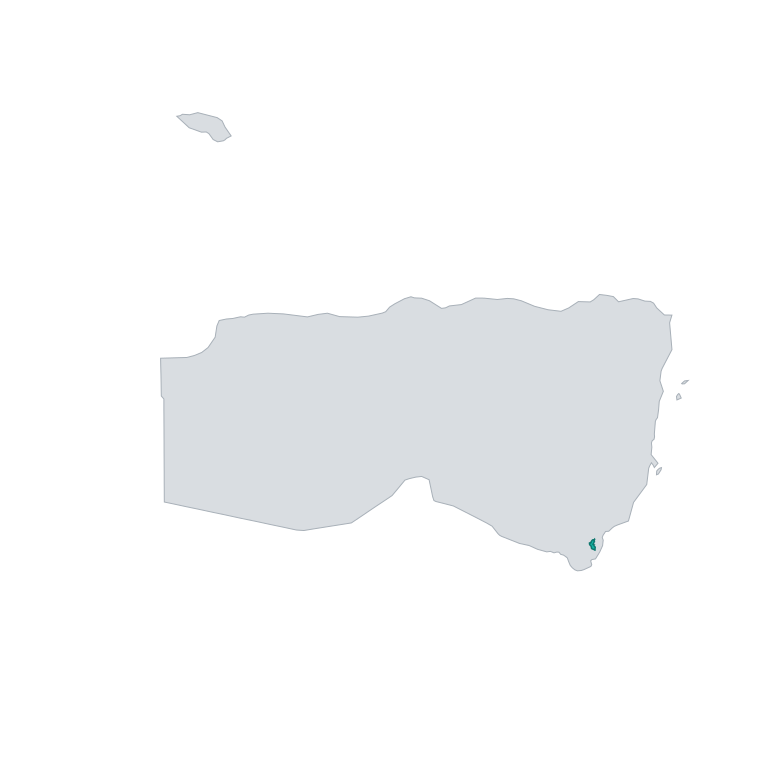 location of Ghamr, Sa`dah, Yemen, rotated 201°
{"feature_id": "15242507B39304781263457", "entity_name": "Ghamr", "entity_type": "district", "adm_level": 2, "iso_a3": "YEM", "parent_name": "Yemen", "parent_adm1": "Sa`dah", "projection": "natural_earth1", "projection_center": [43.319, 16.975], "detail": "fine", "context": "in_parent", "style": "filled", "palette": "teal", "viewbox_px": 768, "rotation_deg": 201, "n_neighbors": 0, "source": "geoboundaries", "source_scale": "gbopen_adm2", "svg_char_len": 4260}
<svg xmlns="http://www.w3.org/2000/svg" viewBox="0 0 768 768"><g transform="rotate(201 384 384)"><path d="M601.8,328.0L577.6,338.1L571.3,342.6L565.5,348.1L561.3,355.0L558.4,367.2L560.8,378.3L560.6,384.2L554.4,388.2L548.6,391.0L542.1,395.3L538.2,396.4L535.0,399.9L531.2,402.3L517.7,408.5L503.0,413.4L479.5,419.2L470.4,425.4L462.2,429.8L449.6,431.0L432.4,437.0L422.8,441.8L411.0,449.6L408.3,452.1L406.3,457.8L402.6,462.8L395.5,470.9L390.1,475.1L386.5,475.3L379.6,477.6L371.3,478.0L357.4,475.2L353.8,477.2L350.9,480.3L340.2,485.9L329.3,497.0L321.4,500.0L308.5,503.5L299.5,508.1L293.4,510.0L285.6,510.9L271.2,510.5L257.5,512.1L244.8,515.3L238.8,521.2L232.1,530.6L220.9,534.5L218.3,537.9L214.9,544.8L207.7,546.6L201.2,547.8L194.5,544.8L182.0,553.1L177.3,554.5L170.1,554.9L164.9,556.6L161.3,556.1L156.7,552.8L147.0,548.9L139.9,551.5L139.3,543.5L127.5,519.3L129.9,498.3L129.9,495.3L127.6,485.9L120.6,477.3L120.8,466.4L118.5,458.6L116.6,450.6L117.2,448.4L117.3,446.5L113.7,434.2L112.5,431.7L112.1,429.1L113.3,427.1L113.2,424.8L111.3,421.0L109.3,413.8L99.8,408.2L101.7,402.9L103.6,404.7L106.1,406.3L106.6,402.9L106.7,400.3L102.7,384.3L108.6,362.9L106.7,343.7L115.7,335.9L118.0,333.6L119.3,331.5L121.4,327.1L124.3,325.7L125.3,321.1L125.2,318.8L123.4,316.8L122.0,311.4L122.4,304.6L122.9,301.7L123.9,296.5L127.0,294.6L127.7,293.0L125.3,289.7L125.5,287.8L130.9,282.3L133.0,280.6L136.5,278.9L139.2,278.9L142.3,279.9L145.1,281.4L147.8,284.2L150.6,287.4L155.0,288.6L158.0,288.3L160.4,289.7L162.5,289.0L164.8,287.3L168.6,287.4L171.9,285.6L181.5,284.7L190.7,285.2L200.3,283.7L209.9,283.8L219.6,283.9L221.8,284.2L223.9,285.1L232.1,290.0L238.3,291.0L250.7,292.4L264.0,293.8L275.5,295.0L285.3,293.9L293.4,292.9L295.6,293.1L298.1,296.1L303.0,303.7L307.6,310.8L315.7,311.2L320.9,308.5L326.5,304.7L330.0,301.8L333.9,290.2L336.5,282.7L342.4,274.3L347.4,267.3L353.9,258.0L357.5,252.8L364.7,242.6L371.6,238.6L384.8,231.0L397.8,223.5L406.3,218.5L413.4,216.3L425.6,214.4L439.8,212.1L454.0,209.9L469.1,207.4L486.0,204.8L497.6,202.9L512.4,200.6L524.6,198.6L535.6,196.9L546.8,195.1L549.0,200.7L551.2,206.4L553.4,212.0L555.6,217.7L557.8,223.4L560.0,229.0L562.2,234.7L564.4,240.3L566.6,246.0L568.8,251.7L571.0,257.3L573.2,263.0L575.4,268.6L577.6,274.3L579.8,279.9L582.0,285.6L584.1,291.1L587.6,293.0L589.7,298.2L592.7,305.7L595.7,313.1L598.8,320.6L601.8,328.0ZM637.2,555.0L640.2,555.6L644.7,553.7L657.7,553.4L673.4,559.7L670.5,561.4L668.8,563.6L661.9,565.7L655.1,570.6L635.2,572.9L629.4,571.6L624.5,566.9L615.6,560.8L619.1,556.9L619.8,555.2L621.1,553.5L626.1,550.5L631.1,551.0L637.2,555.0ZM106.0,479.5L105.4,480.7L104.5,480.4L101.5,477.4L104.8,474.1L106.5,477.2L106.0,479.5ZM96.5,404.2L95.0,405.4L94.6,403.2L95.6,398.3L97.1,396.9L98.2,400.5L97.5,402.5L96.5,404.2ZM104.5,494.6L101.3,496.3L103.5,491.9L105.7,490.9L106.3,491.1L104.5,494.6Z" fill="#d9dde1" stroke="#a8b0b8" stroke-width="1"/><path d="M127.5,304.5L127.5,304.8L127.9,305.5L128.0,306.0L128.3,307.3L128.8,307.6L129.0,307.8L129.3,307.8L129.5,307.9L129.6,308.0L129.8,308.1L129.9,308.3L130.4,308.9L130.4,309.0L130.6,309.0L130.8,309.0L130.7,309.1L130.8,309.1L131.1,309.2L131.2,309.3L131.4,309.3L131.5,309.5L131.4,309.8L131.4,310.0L131.2,310.7L131.2,310.8L131.3,311.2L131.3,311.5L131.3,311.8L131.1,312.1L131.3,312.2L131.4,312.3L131.4,312.5L131.5,312.9L131.6,313.0L131.8,313.1L131.9,313.6L131.7,313.9L131.6,314.1L131.6,314.3L131.7,314.5L131.8,314.6L131.9,314.3L132.0,314.1L132.1,313.9L132.3,313.7L132.5,313.6L132.8,313.6L133.0,313.5L133.3,313.3L133.4,313.2L133.5,313.0L133.6,312.8L133.7,312.5L133.8,312.1L133.9,311.9L133.9,311.7L134.0,311.2L134.0,310.8L134.1,310.7L134.2,310.4L133.9,310.3L134.0,309.6L134.4,309.4L134.5,309.4L134.8,309.3L134.9,309.2L135.1,309.2L135.0,308.9L135.0,308.6L134.9,308.5L134.9,308.4L134.8,308.2L134.6,308.0L134.5,307.9L134.4,307.8L134.3,307.7L134.2,307.6L133.8,307.4L133.7,307.3L133.5,307.2L133.4,307.2L133.1,307.1L132.8,307.0L132.5,306.8L132.5,306.7L132.4,306.6L132.2,306.2L131.9,306.0L131.9,305.9L131.7,305.7L131.6,305.2L131.4,305.0L131.3,304.9L131.0,304.8L130.9,304.8L130.8,304.7L130.7,304.7L130.4,304.7L130.1,304.7L129.8,304.7L129.7,304.7L129.3,304.7L129.2,304.7L128.9,304.7L128.5,304.7L128.4,304.7L128.2,304.6L127.9,304.6L127.7,304.5L127.5,304.5Z" fill="#14b8a6" stroke="#0f766e" stroke-width="1.5"/></g></svg>